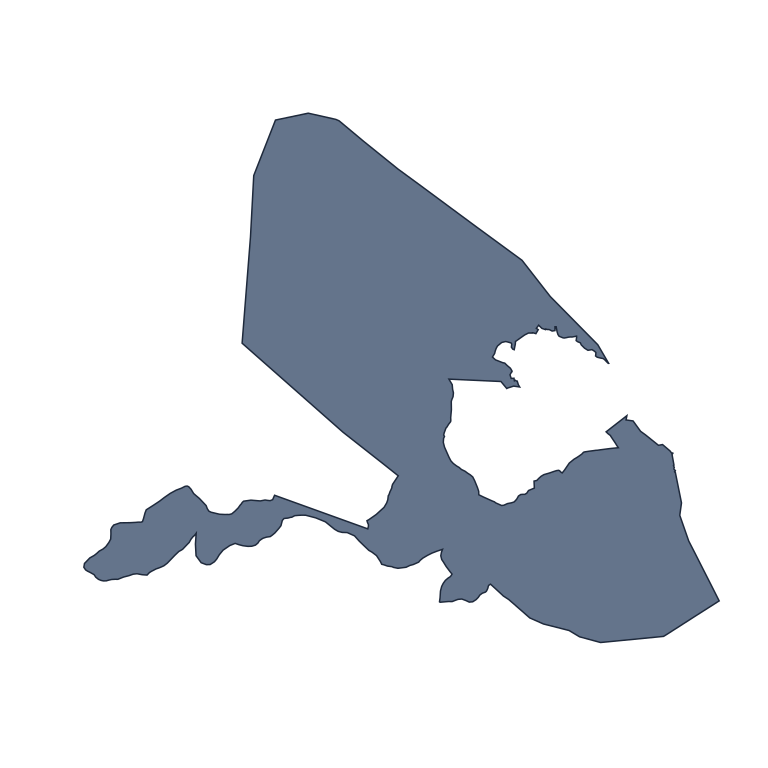 outline of Santa María Chachoápam, Oaxaca, Mexico, rotated 265°
{"feature_id": "50627088B31666946038790", "entity_name": "Santa María Chachoápam", "entity_type": "district", "adm_level": 2, "iso_a3": "MEX", "parent_name": "Mexico", "parent_adm1": "Oaxaca", "projection": "albers", "projection_center": [-97.276, 17.574], "detail": "fine", "context": "isolated", "style": "filled", "palette": "slate", "viewbox_px": 768, "rotation_deg": 265, "n_neighbors": 0, "source": "geoboundaries", "source_scale": "gbopen_adm2", "svg_char_len": 5677}
<svg xmlns="http://www.w3.org/2000/svg" viewBox="0 0 768 768"><g transform="rotate(265 384 384)"><path d="M175.3,472.7L163.8,483.2L162.5,484.3L158.4,489.5L138.2,508.9L131.0,522.0L122.3,546.9L115.1,556.8L107.6,577.2L108.2,640.5L109.9,643.9L125.7,674.0L138.1,697.8L138.7,699.0L155.7,692.2L172.3,685.5L188.5,679.0L201.0,673.9L227.4,667.2L239.6,670.0L270.8,666.5L270.9,666.4L271.0,665.9L271.3,665.8L272.3,666.7L274.0,665.4L274.9,665.5L275.6,665.9L277.2,665.3L277.7,665.3L277.9,665.8L288.7,664.8L290.0,665.9L290.2,666.2L290.0,664.6L292.4,663.1L299.4,656.2L299.0,652.1L310.5,640.1L314.5,635.5L325.5,628.9L327.1,622.0L331.3,623.2L317.0,601.1L315.0,602.8L312.9,605.1L311.9,605.5L308.1,607.6L305.4,609.1L302.6,610.5L300.1,611.9L300.0,603.4L299.8,598.8L299.6,593.9L299.4,590.5L299.5,589.6L299.3,585.8L299.2,583.1L298.9,578.2L298.6,576.8L296.9,574.9L295.2,572.0L294.0,569.8L292.5,566.7L290.1,563.2L289.1,561.7L282.5,556.3L279.9,553.8L280.4,553.0L281.4,552.0L282.3,551.4L282.8,550.4L282.7,548.5L282.1,545.7L280.9,541.0L279.8,535.4L278.4,532.5L276.6,530.1L274.6,527.8L274.2,525.0L267.2,524.7L265.3,518.7L262.8,516.7L261.8,514.7L262.0,512.5L262.0,510.6L260.7,508.2L258.0,506.4L256.4,504.8L255.1,503.2L254.5,500.4L254.1,496.5L252.8,492.9L252.7,490.6L255.8,485.0L257.0,483.7L258.1,481.5L262.8,473.1L265.4,468.8L268.8,469.0L272.6,468.1L279.7,465.9L283.7,464.3L286.1,461.9L287.9,459.5L290.0,457.2L292.1,453.7L294.3,451.6L296.0,449.2L298.8,446.1L301.5,444.0L305.3,442.4L315.8,438.8L320.6,438.0L324.6,438.6L326.5,439.7L327.9,439.0L330.1,439.7L332.6,440.9L334.6,441.8L335.5,442.8L338.2,444.8L340.7,447.1L342.0,447.4L344.6,447.5L349.7,448.4L352.4,448.9L360.7,449.5L362.3,450.1L365.4,451.7L369.1,452.4L372.7,451.9L377.4,451.9L383.2,449.1L376.3,500.7L368.8,505.9L369.2,506.8L370.6,513.0L369.2,518.9L371.5,517.8L375.1,517.0L375.0,516.8L376.4,514.9L375.9,514.2L377.3,514.0L378.4,514.0L378.5,511.2L382.2,510.3L385.1,512.3L385.1,512.6L385.7,512.7L388.7,511.3L391.6,508.4L394.3,506.1L394.9,504.1L397.4,499.1L398.3,497.2L401.4,494.4L404.8,496.9L407.2,497.7L409.6,498.8L412.0,500.4L415.1,504.9L415.7,508.8L415.3,510.3L413.9,513.9L413.5,514.4L412.6,514.7L409.6,514.1L407.5,515.3L406.8,516.7L412.3,518.3L414.9,518.7L417.8,523.6L420.6,528.4L422.2,532.4L421.8,536.3L422.1,536.3L422.1,536.8L420.9,539.7L424.7,542.4L426.2,540.6L428.5,542.7L429.1,543.2L425.6,546.2L424.8,548.1L424.1,549.6L424.7,550.0L424.1,551.1L424.0,552.1L423.8,553.4L422.1,556.1L422.3,559.0L426.1,559.3L426.0,560.5L420.8,561.0L418.1,561.6L416.3,562.6L414.4,566.3L414.1,567.6L414.3,569.9L414.6,572.0L414.6,574.0L414.4,575.4L414.9,580.0L413.9,580.0L410.5,579.2L409.3,580.5L407.9,583.2L405.8,583.9L402.2,586.9L399.8,590.1L400.1,594.2L398.5,596.3L397.0,597.8L395.2,597.6L393.5,597.2L392.1,598.7L390.9,602.2L390.2,604.7L388.3,606.5L387.1,607.4L385.0,609.2L385.0,609.6L404.5,600.4L456.6,557.3L495.2,532.3L532.7,489.5L553.2,466.3L576.2,440.3L596.8,416.8L627.4,385.0L650.1,362.2L651.8,359.1L660.4,332.1L656.4,298.9L603.0,272.4L542.1,263.8L437.0,246.2L339.5,339.0L304.5,376.3L291.3,390.2L283.3,383.8L281.0,382.9L280.0,382.8L278.0,381.7L276.2,380.6L273.3,379.3L272.3,378.5L268.4,377.7L265.3,376.3L261.1,373.3L257.7,368.8L254.7,364.9L250.2,357.1L249.3,355.1L247.4,355.5L245.4,356.2L243.7,356.1L241.1,355.2L282.7,265.3L278.5,263.0L277.7,260.4L278.2,257.9L278.8,255.4L278.3,250.5L279.9,241.3L279.5,233.9L278.3,232.4L277.1,231.5L275.7,230.0L273.3,228.0L270.2,224.3L267.9,221.0L267.5,218.3L267.7,216.7L267.9,214.0L268.6,208.8L271.4,200.4L272.7,198.4L275.2,197.1L278.4,196.2L286.1,190.1L289.2,187.0L291.5,184.8L296.0,182.6L298.7,180.5L299.5,179.0L299.4,176.9L297.9,173.2L296.4,167.8L293.7,161.6L290.1,155.3L286.9,150.3L285.2,147.2L283.1,143.3L279.4,136.2L276.4,134.7L270.9,132.7L268.0,131.4L267.5,129.9L267.8,127.3L267.8,124.2L268.0,118.6L268.7,109.1L267.1,102.5L264.9,100.4L262.8,99.2L258.4,98.9L253.3,98.2L250.1,96.1L246.2,92.7L244.1,89.7L242.3,85.7L240.2,83.0L238.5,80.4L236.4,75.8L232.1,70.9L231.4,70.0L227.6,69.0L224.9,70.5L224.6,70.8L223.3,72.5L222.0,74.7L219.3,78.6L216.7,80.0L214.3,82.5L213.0,85.0L212.3,87.3L212.1,90.2L212.6,92.7L213.0,95.6L212.9,99.3L212.6,101.8L213.5,104.8L214.4,107.8L215.3,113.3L216.4,117.5L216.5,121.4L215.1,126.4L214.3,131.3L216.6,133.9L217.7,136.1L218.8,138.8L219.6,140.6L220.3,143.4L220.9,145.5L222.1,148.9L224.4,152.5L227.9,156.5L231.5,160.6L235.1,165.1L236.0,167.2L236.9,169.0L241.5,174.2L243.1,176.1L246.2,178.2L248.6,180.5L249.6,182.0L251.7,183.9L241.0,182.2L229.3,181.8L221.9,186.3L219.5,191.3L219.3,195.1L221.7,199.6L224.2,202.1L228.2,205.0L232.5,209.2L236.5,216.3L238.2,221.8L236.6,225.4L235.2,229.3L234.1,234.3L233.9,238.1L234.7,241.9L236.5,244.5L238.7,246.2L240.0,248.3L240.9,250.1L241.7,253.6L241.9,257.4L243.1,259.4L245.1,262.3L249.3,266.7L251.8,269.0L256.9,270.8L258.7,272.6L258.8,274.3L258.8,276.6L259.3,279.3L259.3,280.5L260.6,283.6L260.6,287.4L260.5,290.4L260.1,294.5L256.6,304.3L251.8,313.6L243.6,322.1L241.2,325.5L239.8,329.4L239.2,334.4L235.3,341.4L229.8,345.5L224.5,350.1L219.6,354.4L217.5,357.4L213.7,361.6L207.3,365.0L204.6,366.0L203.9,368.1L202.3,371.6L201.3,376.1L200.5,377.4L199.2,381.8L199.5,390.0L201.0,394.0L201.6,397.4L203.5,403.0L205.2,404.7L207.2,407.6L209.5,412.4L211.4,417.2L212.9,422.4L214.2,427.9L211.5,426.6L207.9,425.6L204.1,426.2L201.6,427.6L196.8,430.0L191.2,433.5L188.7,435.2L187.3,434.2L186.2,433.1L185.2,431.1L183.0,428.0L180.2,425.6L177.3,423.8L172.8,422.2L166.1,421.2L162.2,420.3L161.7,420.9L161.7,429.2L161.3,432.9L162.3,436.3L163.0,438.9L163.0,442.8L161.2,446.6L159.3,449.9L159.3,453.4L161.2,457.0L163.2,459.3L165.4,461.1L167.0,463.7L167.8,466.8L168.6,467.9L170.3,469.0L171.9,469.8L173.4,470.2L174.4,470.9L175.3,472.7Z" fill="#64748b" stroke="#1e293b" stroke-width="1.5"/></g></svg>